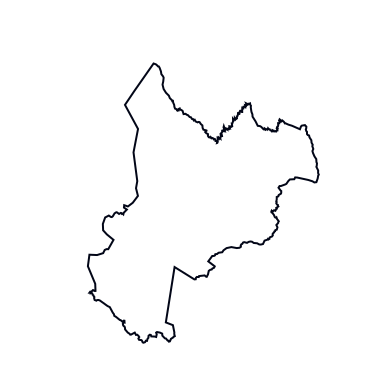 outline of Bodi, Western, Ghana, rotated 161°
{"feature_id": "2480657B1960270363323", "entity_name": "Bodi", "entity_type": "district", "adm_level": 2, "iso_a3": "GHA", "parent_name": "Ghana", "parent_adm1": "Western", "projection": "equal_earth", "projection_center": [-2.872, 6.24], "detail": "fine", "context": "isolated", "style": "outline", "palette": "ink", "viewbox_px": 384, "rotation_deg": 161, "n_neighbors": 0, "source": "geoboundaries", "source_scale": "gbopen_adm2", "svg_char_len": 5999}
<svg xmlns="http://www.w3.org/2000/svg" viewBox="0 0 384 384"><g transform="rotate(161 192 192)"><path d="M115.6,255.9L116.0,254.8L116.8,255.2L116.7,254.2L117.5,254.2L118.5,251.3L118.8,251.4L119.6,253.0L120.1,253.1L121.8,250.4L122.1,250.5L122.4,251.8L122.7,251.8L123.7,249.7L124.4,248.9L125.0,248.9L125.5,247.0L126.4,246.7L126.7,247.2L127.3,246.6L127.6,248.0L128.1,246.9L129.1,246.1L129.5,247.5L130.1,245.6L131.8,243.4L132.1,243.6L132.6,241.0L133.7,240.8L133.4,241.5L134.2,241.3L135.3,242.0L135.7,240.8L135.6,239.7L136.4,240.1L136.6,239.5L137.9,240.2L138.1,239.5L138.6,240.3L138.9,239.9L139.3,240.2L139.7,241.5L140.5,242.6L140.5,243.8L141.1,242.9L140.8,241.8L141.2,241.6L141.5,240.5L140.7,239.7L141.4,239.5L141.3,238.7L142.2,239.2L142.1,240.1L143.5,240.2L143.9,238.9L145.3,238.1L145.0,237.8L145.5,236.8L145.2,236.2L145.4,235.1L145.8,235.2L145.8,236.0L146.3,236.6L146.7,234.9L147.7,234.0L147.8,233.3L148.2,233.9L148.9,233.4L149.1,234.0L148.5,234.2L149.2,235.2L149.7,234.6L150.1,235.0L151.3,231.1L152.1,230.2L152.4,230.2L152.0,230.8L152.4,232.4L153.2,232.6L153.0,234.4L153.7,235.0L154.3,234.8L154.5,235.8L155.1,236.4L155.7,236.4L156.0,237.0L156.3,236.8L156.8,238.1L157.3,237.7L158.3,238.3L158.7,239.9L158.2,241.0L158.1,241.7L159.3,242.8L160.0,244.4L158.3,245.2L158.3,245.5L160.9,247.2L161.1,249.1L160.5,251.6L161.5,253.3L162.1,255.6L163.0,256.1L164.0,256.0L165.6,257.5L165.9,259.4L167.0,259.1L167.2,260.5L168.2,261.0L168.7,263.0L169.8,263.7L170.9,266.1L171.9,266.8L172.6,268.0L174.6,268.4L174.5,271.8L175.5,273.2L176.4,273.6L176.4,275.0L177.3,274.9L177.5,274.1L178.1,274.2L178.3,273.7L178.8,274.2L179.4,273.8L179.6,274.2L179.2,274.9L180.9,276.4L180.9,278.3L180.5,280.2L180.7,282.6L180.4,284.2L180.8,284.3L180.5,284.7L181.0,285.1L182.4,288.0L182.5,290.6L184.3,294.3L185.3,298.6L184.9,303.1L183.2,305.9L181.6,309.3L181.7,310.7L182.6,313.4L182.1,316.1L182.2,320.1L182.5,321.5L183.3,321.9L183.7,323.0L184.6,324.5L186.5,326.0L213.6,306.3L227.0,296.2L222.5,269.2L234.4,248.5L240.2,220.1L243.7,213.8L244.4,205.9L251.5,201.1L257.3,199.2L260.4,201.6L261.4,199.4L259.3,196.6L263.3,194.6L264.2,193.2L264.7,194.2L265.4,194.1L265.7,195.1L266.1,195.4L268.1,195.0L269.6,197.2L270.2,197.5L272.2,197.0L274.8,194.8L276.0,194.4L276.9,194.9L278.3,196.8L282.4,196.2L286.7,190.8L288.5,184.7L286.3,179.6L281.8,172.3L289.8,165.2L291.4,165.8L293.4,165.6L295.9,163.1L302.3,163.3L309.4,166.1L314.6,155.7L313.4,136.7L315.3,130.4L315.5,129.9L316.6,130.3L317.1,131.2L317.6,131.5L319.6,130.5L320.7,130.9L321.7,130.2L320.8,129.9L320.9,129.4L319.8,129.7L319.3,128.2L319.5,127.4L318.8,126.3L318.9,125.4L318.5,124.4L319.1,123.6L319.2,121.6L317.8,120.4L317.0,120.7L315.7,120.4L314.5,119.5L309.0,111.7L307.2,109.9L306.2,103.7L305.6,101.9L305.8,100.2L304.6,98.8L301.9,94.5L301.2,94.1L300.0,92.0L298.3,92.6L297.8,92.3L298.2,90.8L298.6,91.2L298.9,90.6L300.3,89.9L300.5,88.5L300.3,87.6L299.6,86.8L299.6,85.4L300.0,83.8L298.5,80.0L297.1,78.2L296.9,77.3L296.2,77.0L291.9,77.7L291.5,75.1L290.3,74.9L289.5,73.5L289.1,72.0L290.4,70.9L290.2,69.5L288.0,68.4L287.7,67.6L287.6,65.9L287.0,65.3L285.3,65.3L284.0,66.4L283.0,65.9L281.8,67.7L280.7,68.3L279.9,70.2L278.4,70.8L277.5,70.3L277.5,68.7L274.4,67.5L273.1,66.6L271.7,68.9L271.7,70.7L270.7,71.0L268.1,69.5L266.3,67.8L266.8,65.8L265.3,62.5L264.3,61.9L263.4,59.4L262.7,59.1L262.5,58.0L261.5,58.0L259.7,60.0L256.9,60.7L256.5,61.2L255.2,61.3L255.0,63.5L254.4,65.0L253.4,72.3L259.2,77.2L232.9,126.7L218.2,108.6L216.9,108.3L216.3,109.5L215.1,110.1L213.3,109.4L212.7,110.2L207.2,109.0L206.3,107.4L205.7,107.0L203.7,108.9L201.8,112.0L200.1,112.5L198.6,112.3L197.7,113.0L195.8,113.2L194.7,114.3L199.2,121.1L193.7,124.9L192.1,124.4L190.9,124.6L190.2,125.6L188.5,125.2L186.7,125.9L183.0,125.2L181.2,126.6L177.6,127.7L172.7,127.1L167.9,124.4L165.2,123.8L163.6,124.3L163.3,125.7L162.3,126.5L161.3,126.6L160.2,127.6L159.0,127.6L156.5,126.0L154.7,126.4L152.9,126.2L151.5,125.5L150.2,123.7L147.1,122.3L145.5,120.5L144.0,119.9L141.8,119.7L139.2,122.4L136.0,122.4L135.6,122.8L135.3,122.2L134.0,122.5L133.8,123.3L133.1,123.8L130.8,123.9L129.7,124.7L129.5,126.0L128.1,127.0L127.6,127.0L126.9,127.9L126.2,127.9L125.6,128.8L124.1,128.8L122.7,130.8L123.0,133.3L120.6,134.7L120.0,135.8L119.5,136.1L120.4,138.8L120.4,140.5L120.9,140.3L121.5,140.7L121.9,141.5L122.0,143.6L122.8,146.1L123.5,146.9L123.3,147.8L122.8,148.3L122.4,146.9L122.0,147.8L121.2,147.6L120.4,148.0L119.3,147.1L118.9,147.4L118.5,148.2L117.2,148.6L117.4,149.6L115.1,150.2L115.3,151.0L115.0,151.7L115.7,152.5L116.0,153.8L115.2,154.9L115.5,155.4L114.3,157.4L113.5,159.7L111.8,159.8L111.0,160.9L108.4,161.5L107.9,162.2L107.3,163.9L107.8,164.7L108.8,167.9L107.3,169.1L106.0,168.7L101.2,168.8L100.1,169.0L97.4,171.0L95.4,172.0L91.1,170.8L89.7,172.2L87.8,171.4L78.1,165.5L74.6,162.9L73.2,161.2L71.2,160.8L68.8,163.8L67.3,166.5L66.5,167.1L66.6,168.9L65.7,171.3L66.2,175.3L65.6,176.0L64.5,178.4L64.6,179.7L63.8,182.7L64.6,185.7L64.9,189.4L64.8,191.5L63.3,193.2L63.3,196.2L62.5,197.3L62.9,199.7L62.3,202.1L63.1,205.3L62.9,207.3L64.0,208.2L64.4,209.3L63.7,211.5L64.1,212.4L64.0,214.2L63.4,214.8L62.6,216.5L63.0,217.5L63.5,218.0L63.5,218.5L66.6,219.0L67.6,218.5L69.5,216.2L75.9,222.1L78.9,224.3L81.3,226.6L81.8,226.6L82.3,228.5L83.3,230.2L84.0,229.8L84.1,230.4L84.7,230.8L85.5,232.2L86.4,231.2L85.9,229.5L86.8,229.3L87.1,228.6L88.2,229.0L88.8,226.9L89.4,226.1L90.1,226.0L90.7,225.3L90.3,224.5L91.1,224.3L90.8,223.3L91.5,221.6L91.6,222.8L92.1,222.4L92.8,222.4L92.9,221.9L94.5,222.6L94.8,223.9L95.1,222.8L95.3,222.9L95.4,223.9L95.7,224.2L96.1,223.2L96.7,223.2L96.9,224.0L97.9,224.9L98.1,226.0L99.1,226.5L99.4,227.5L100.2,226.6L100.4,227.1L101.9,226.9L101.6,228.2L102.0,227.6L102.6,228.4L103.0,227.5L103.9,227.9L105.3,231.0L106.2,232.1L108.3,233.2L108.9,238.0L110.2,243.5L109.6,245.8L109.7,248.3L109.4,250.2L108.8,253.2L108.2,254.3L108.5,255.5L108.3,256.7L109.0,256.5L109.3,257.0L110.8,256.4L110.9,257.2L111.9,258.2L111.8,257.1L112.3,257.3L112.8,256.1L113.5,256.7L113.6,255.4L113.9,254.8L114.7,255.8L115.6,255.9Z" fill="none" stroke="#020617" stroke-width="2"/></g></svg>